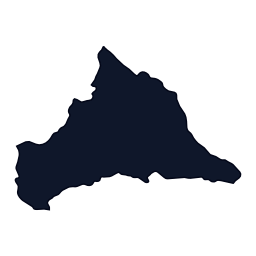 an SVG outline of Cerro Largo
{"feature_id": "URY-12", "entity_name": "Cerro Largo", "entity_type": "Department", "adm_level": 1, "iso_a3": "URY", "parent_name": "Uruguay", "parent_adm1": "", "projection": "albers", "projection_center": [-54.394, -32.345], "detail": "fine", "context": "isolated", "style": "filled", "palette": "ink", "viewbox_px": 256, "rotation_deg": 0, "n_neighbors": 0, "source": "natural_earth", "source_scale": "10m", "svg_char_len": 3465}
<svg xmlns="http://www.w3.org/2000/svg" viewBox="0 0 256 256"><path d="M103.7,46.3L104.1,47.3L106.9,49.9L110.2,52.4L113.3,55.3L116.4,58.9L123.4,65.4L129.1,69.4L134.1,74.1L136.4,75.8L137.6,75.7L138.5,74.5L140.4,72.7L142.3,72.0L144.3,72.2L146.3,73.1L148.0,74.4L148.6,75.2L149.5,77.0L150.4,77.9L151.4,78.2L154.8,78.6L156.5,79.1L158.0,79.8L160.9,81.8L162.1,83.1L162.5,84.4L162.7,85.6L163.3,86.9L164.4,88.1L165.7,89.3L168.5,91.1L174.4,92.4L175.9,93.4L176.5,95.0L176.6,99.3L179.5,106.3L184.6,114.0L185.8,117.3L186.4,121.4L186.7,127.5L187.2,129.5L188.1,131.1L190.7,133.4L191.7,134.8L193.4,138.0L195.5,140.8L197.8,143.3L204.2,147.9L210.1,154.7L215.8,156.7L220.1,159.4L221.8,160.0L225.0,160.0L228.4,162.1L231.6,163.7L233.1,164.8L239.8,172.2L240.6,174.0L240.3,176.2L239.0,177.9L235.3,180.7L233.3,183.2L233.2,183.2L221.1,180.5L218.6,180.2L217.8,180.2L216.8,180.4L215.1,181.4L214.3,181.7L213.4,181.7L212.1,181.6L211.3,181.3L210.7,180.9L209.3,179.8L208.6,179.5L207.5,179.4L205.6,179.5L204.5,179.4L203.9,179.0L203.2,178.1L202.8,177.6L202.3,177.3L201.9,177.1L201.4,176.9L190.5,178.1L188.1,178.0L184.5,177.3L167.7,178.6L166.7,178.5L165.8,178.3L165.3,178.0L164.2,177.3L157.9,172.1L156.8,171.5L156.2,171.2L155.3,171.3L154.1,171.5L151.3,173.2L150.8,173.6L150.2,174.4L148.0,176.3L147.6,176.7L147.3,177.3L147.2,177.9L147.4,178.5L147.6,179.0L148.2,180.1L148.4,180.6L148.6,181.2L148.3,181.9L147.7,182.3L146.3,182.4L145.5,182.2L144.9,181.9L144.4,181.5L139.0,177.8L138.4,177.5L137.8,177.3L137.1,177.3L135.0,177.4L134.2,177.4L133.5,177.3L132.9,177.1L132.3,176.8L131.4,176.1L130.8,175.8L128.0,175.5L125.9,174.8L122.1,174.3L121.4,174.1L120.9,173.8L120.4,173.5L119.5,172.6L119.1,172.3L118.1,172.4L116.6,173.0L111.6,175.8L109.5,176.5L103.8,176.9L102.4,176.7L101.7,176.7L101.0,177.1L100.4,178.1L99.9,179.6L99.7,180.2L99.1,180.7L98.4,181.1L96.9,181.3L96.0,181.2L95.3,181.1L94.7,181.1L94.1,181.4L93.6,182.0L92.9,183.3L92.2,184.2L91.6,184.7L90.8,185.1L89.2,185.4L88.3,185.3L87.4,185.2L85.6,184.5L84.2,184.1L82.9,184.1L82.0,184.3L77.3,186.2L75.7,186.6L72.4,186.5L69.6,186.8L68.3,187.2L62.4,190.2L60.7,191.7L59.2,193.5L58.3,194.3L57.8,194.6L54.3,196.0L53.1,196.8L52.4,197.7L51.7,198.2L49.5,199.5L49.0,199.9L48.4,200.6L47.8,201.5L47.5,202.2L47.4,203.1L47.7,204.1L49.1,206.7L49.3,207.5L49.3,209.7L44.1,208.9L36.9,209.3L35.3,209.2L34.2,208.9L33.8,208.5L32.7,206.8L32.4,206.5L22.8,200.4L21.4,199.2L19.5,197.0L18.4,195.1L17.9,193.8L17.7,192.5L17.7,191.8L18.2,188.9L18.4,186.7L18.3,186.0L18.1,185.4L17.7,184.6L16.0,182.0L15.6,181.0L15.4,180.1L15.5,179.5L15.8,179.0L16.2,178.6L16.8,178.3L18.1,178.1L18.6,177.8L19.0,177.4L19.2,176.7L19.2,176.0L19.0,175.3L16.4,169.2L16.2,168.5L16.2,167.1L16.6,165.8L17.9,162.0L19.3,155.7L19.4,154.2L19.3,152.7L18.8,150.1L16.7,146.2L25.7,142.0L29.2,141.7L35.8,144.3L39.2,145.0L42.8,144.4L45.9,143.0L48.5,140.9L50.6,138.4L52.7,134.9L54.2,133.3L57.8,132.2L58.6,131.2L59.3,129.8L60.3,128.6L61.3,127.8L63.4,126.8L64.4,126.1L66.1,123.9L68.2,119.0L69.6,116.5L70.0,115.2L69.6,113.9L68.9,112.6L68.6,111.3L68.7,110.1L69.1,108.9L69.9,107.2L72.3,104.5L73.1,102.9L73.4,100.1L74.5,98.9L77.0,99.7L81.1,102.1L82.6,102.0L84.8,101.4L86.9,100.8L89.0,100.5L91.4,99.8L92.8,98.0L93.2,95.8L92.1,93.9L93.1,92.5L95.7,90.5L96.4,88.9L96.0,86.9L94.7,86.4L93.0,86.2L91.4,84.9L94.9,79.9L96.1,76.4L97.5,73.8L100.0,67.7L100.5,65.6L100.0,62.7L98.2,57.4L98.3,54.5L98.9,53.3L99.8,52.0L100.8,50.9L101.5,50.4L101.8,49.9L103.2,47.0L103.7,46.4L103.7,46.3Z" fill="#0f172a" stroke="#020617" stroke-width="1.5"/></svg>